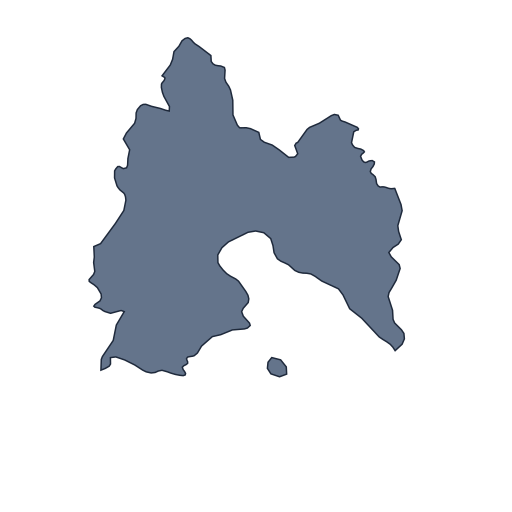 an SVG outline of Pärnu, rotated 295°
{"feature_id": "EST-2346", "entity_name": "Pärnu", "entity_type": "County", "adm_level": 1, "iso_a3": "EST", "parent_name": "Estonia", "parent_adm1": "", "projection": "albers", "projection_center": [24.54, 58.305], "detail": "fine", "context": "isolated", "style": "filled", "palette": "slate", "viewbox_px": 512, "rotation_deg": 295, "n_neighbors": 0, "source": "natural_earth", "source_scale": "10m", "svg_char_len": 3591}
<svg xmlns="http://www.w3.org/2000/svg" viewBox="0 0 512 512"><g transform="rotate(295 256 256)"><path d="M375.9,353.2L363.9,365.7L358.8,369.3L343.4,371.7L338.5,374.9L334.3,378.8L332.2,380.8L326.9,379.9L321.6,376.6L315.3,374.9L312.4,378.9L308.7,389.4L305.6,391.9L293.3,393.3L284.9,392.6L279.1,392.0L275.1,392.9L264.5,402.7L256.5,407.0L253.9,409.9L250.6,419.0L248.3,422.8L243.6,425.5L237.8,425.7L229.0,422.1L231.2,418.6L232.7,415.0L233.5,410.7L234.0,406.2L234.7,401.9L244.3,378.1L247.8,363.2L257.5,351.3L261.1,344.6L261.1,326.2L262.6,317.8L262.9,313.2L261.8,309.2L260.3,305.6L259.3,301.6L259.3,297.3L261.8,289.2L261.9,285.0L261.8,280.8L262.5,276.6L266.6,271.0L272.6,267.0L278.0,262.0L280.4,253.2L278.5,245.1L274.1,238.7L257.2,225.1L249.1,221.6L240.8,220.9L233.9,224.3L231.7,227.4L229.4,232.0L227.6,236.9L226.9,241.4L226.6,247.4L225.8,250.8L219.5,261.8L217.0,265.3L214.1,267.6L210.5,268.6L203.2,266.5L199.5,266.5L196.1,269.9L192.4,278.5L190.6,280.1L187.1,278.7L185.0,276.3L179.0,265.8L169.8,257.3L164.5,250.5L151.3,244.7L143.3,243.9L139.5,242.1L138.5,241.0L136.3,237.7L135.4,236.7L133.6,236.4L132.3,237.5L131.2,238.8L129.8,239.4L128.0,238.5L126.0,236.9L124.1,236.2L122.3,237.9L121.1,240.1L119.8,241.8L118.3,242.1L116.8,240.6L115.7,237.4L114.6,233.0L113.9,228.5L113.6,224.7L112.7,219.1L110.5,216.1L107.8,213.8L105.7,210.4L104.6,205.4L104.7,201.5L106.0,192.2L106.3,180.9L105.3,171.6L102.4,167.0L96.6,169.8L94.1,169.5L90.4,166.9L87.0,163.7L96.9,159.5L100.0,159.3L119.1,162.3L134.4,158.6L149.9,160.1L149.7,157.2L149.1,156.1L142.6,148.4L141.8,142.5L141.9,140.3L142.4,138.1L142.5,136.6L142.3,135.2L142.0,133.7L141.5,131.6L142.0,130.2L144.2,130.6L149.4,133.6L152.8,133.6L156.1,131.7L160.3,125.6L161.5,121.4L162.0,117.9L162.5,115.6L164.1,114.7L170.6,116.6L173.9,116.4L181.5,111.6L186.7,109.9L196.0,105.0L201.5,109.9L225.9,114.8L241.4,117.0L251.6,114.5L254.5,112.7L256.4,110.9L257.2,109.5L258.4,104.7L259.7,102.1L260.8,100.4L267.0,94.8L273.4,91.9L275.7,92.1L278.6,92.9L279.4,94.4L279.2,96.7L279.1,98.8L281.2,101.4L283.9,101.3L290.3,98.7L298.9,96.6L306.0,86.3L312.7,86.6L325.0,89.9L330.0,89.1L335.0,86.9L338.6,86.6L343.4,87.9L345.7,89.7L346.9,92.0L347.5,98.1L349.3,107.0L349.9,112.5L350.7,116.1L354.9,114.4L361.7,105.1L364.8,102.0L368.8,99.0L371.8,97.7L373.0,97.7L376.4,98.6L378.5,98.4L379.2,97.9L379.6,94.7L392.8,97.6L399.0,97.3L406.6,95.3L413.5,97.5L419.8,98.0L423.2,99.8L425.0,102.0L425.0,104.2L424.4,106.3L423.3,108.7L422.5,111.0L421.8,115.9L418.6,130.4L413.4,133.2L412.0,135.7L411.7,138.4L412.4,141.1L413.3,143.8L413.5,147.7L411.4,149.4L403.6,152.5L400.8,155.3L398.3,159.6L395.7,162.7L387.4,169.1L374.1,175.5L366.7,183.8L365.3,186.9L365.7,188.0L368.1,192.9L369.1,197.2L369.2,206.3L363.5,210.8L362.6,215.4L363.4,223.8L362.0,232.1L359.2,243.9L361.6,248.6L362.8,249.7L366.3,250.6L372.5,244.4L375.3,244.7L376.5,245.8L392.3,248.8L395.2,250.2L403.1,257.3L415.0,264.9L417.4,267.2L418.3,271.0L414.8,275.2L414.7,277.2L415.1,280.1L415.4,293.4L414.6,295.1L413.4,295.3L412.3,293.7L409.9,292.1L399.0,294.7L397.3,296.8L396.1,299.5L396.5,302.8L397.2,305.8L397.0,309.0L396.2,310.2L394.7,309.7L392.9,308.8L390.6,308.6L387.8,311.5L386.8,313.8L386.9,315.5L387.8,316.7L389.8,318.2L390.6,319.3L391.6,321.0L391.3,323.6L389.4,324.3L386.5,324.2L383.6,323.5L380.8,323.9L379.6,325.5L379.2,327.6L378.2,330.5L376.1,332.4L372.6,334.7L371.1,337.1L370.9,339.3L372.0,341.1L372.7,342.8L373.1,344.8L373.3,347.0L373.7,348.9L374.3,350.5L375.9,353.1L375.9,353.2ZM156.5,328.4L155.5,319.3L159.0,313.8L164.8,311.8L170.6,313.2L172.3,322.2L168.3,330.3L161.9,333.7L156.5,328.4Z" fill="#64748b" stroke="#1e293b" stroke-width="1.5"/></g></svg>